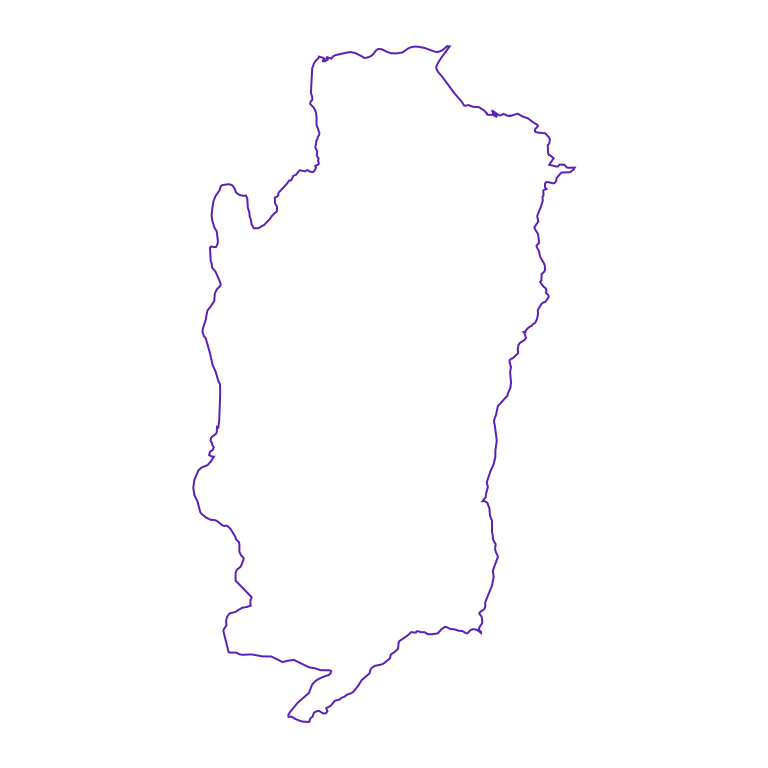 Sibaté, Cundinamarca, Colombia
{"feature_id": "7082276B14129572791047", "entity_name": "Sibaté", "entity_type": "district", "adm_level": 2, "iso_a3": "COL", "parent_name": "Colombia", "parent_adm1": "Cundinamarca", "projection": "mercator", "projection_center": [-74.26, 4.462], "detail": "fine", "context": "isolated", "style": "outline", "palette": "violet", "viewbox_px": 768, "rotation_deg": 0, "n_neighbors": 0, "source": "geoboundaries", "source_scale": "gbopen_adm2", "svg_char_len": 6063}
<svg xmlns="http://www.w3.org/2000/svg" viewBox="0 0 768 768"><path d="M481.0,633.1L481.2,632.3L479.4,630.2L478.9,628.9L479.7,626.8L482.2,623.2L482.2,619.8L481.5,616.4L479.7,614.3L479.3,613.3L480.0,612.2L484.2,609.1L485.0,607.4L485.3,606.3L485.2,602.3L492.0,585.5L493.7,577.0L492.9,571.6L493.1,570.0L497.8,557.1L497.6,555.5L496.1,552.6L495.1,549.5L495.6,544.1L493.0,539.4L492.6,534.7L492.0,532.1L492.0,520.7L490.0,515.7L489.4,508.3L487.3,502.7L484.5,501.1L482.6,501.2L485.7,497.1L485.9,494.4L487.8,487.3L487.6,485.4L486.8,483.9L487.0,481.6L490.5,471.0L493.6,464.3L495.3,457.2L495.4,450.2L496.8,440.6L494.7,424.7L494.1,422.7L494.0,420.3L496.1,414.6L497.9,406.0L507.6,395.5L507.5,394.4L510.6,387.4L510.6,384.8L511.1,383.4L510.1,372.0L511.0,366.7L510.3,365.4L510.1,363.3L509.5,362.5L509.7,360.3L510.9,358.9L512.6,358.4L518.1,353.3L518.2,351.7L517.7,349.3L518.6,344.7L520.0,342.9L524.8,339.7L526.0,338.0L524.9,334.1L523.7,332.0L525.5,332.0L525.6,330.8L527.5,328.6L529.1,327.1L531.4,326.0L532.8,324.4L535.2,322.7L537.1,318.9L538.0,314.0L537.8,310.5L538.3,309.1L541.7,303.7L543.7,302.3L545.1,302.0L548.1,298.1L548.7,296.4L548.3,295.1L545.9,292.8L546.5,290.9L545.9,288.5L543.5,286.6L540.1,282.0L541.4,280.5L541.6,274.2L544.2,271.7L545.0,270.1L544.8,265.6L544.0,263.4L540.4,257.3L538.8,251.0L536.5,246.4L536.9,245.1L539.0,242.9L538.6,238.1L537.8,233.7L535.3,229.7L534.3,227.4L538.3,221.5L537.2,216.0L540.7,207.2L542.5,201.6L542.8,200.3L542.5,196.9L543.5,195.5L543.3,190.7L544.3,189.7L546.4,189.1L545.0,186.9L545.0,183.6L546.1,182.2L547.5,182.0L553.0,183.3L554.4,183.2L556.2,181.0L556.6,178.0L561.4,172.6L570.1,172.2L573.5,169.7L574.7,167.6L567.9,167.8L566.6,167.2L564.5,164.9L559.7,164.5L558.1,166.4L556.6,166.6L549.2,164.8L553.6,158.3L549.9,155.1L548.9,155.0L548.0,152.8L547.8,145.1L549.2,143.5L549.9,139.5L548.5,136.8L545.3,133.3L538.8,132.7L535.4,131.9L534.9,130.6L535.1,129.4L537.9,126.1L537.7,125.1L533.0,122.2L528.0,118.4L522.5,116.4L517.6,113.7L510.4,116.0L510.0,116.0L510.0,115.6L508.1,115.9L503.5,113.9L501.0,115.1L499.2,115.4L492.5,110.8L492.2,111.2L492.7,111.7L493.4,114.4L494.8,114.6L496.2,115.7L496.6,116.3L496.2,116.7L492.9,114.7L489.2,114.9L487.2,114.5L486.8,114.2L487.0,113.4L483.6,110.1L478.9,107.2L473.1,106.8L468.4,105.1L465.2,105.8L464.2,105.6L461.7,101.7L454.2,93.0L442.1,76.6L438.4,72.4L436.5,69.1L436.2,67.0L437.8,63.2L441.3,57.7L449.7,46.4L447.4,46.1L441.8,50.6L437.9,52.0L434.9,51.7L424.3,47.9L417.7,46.7L414.7,46.6L410.4,47.4L407.8,48.7L402.4,52.5L397.3,53.3L391.0,53.3L387.0,51.9L382.1,49.4L378.5,48.9L376.2,50.2L373.2,54.2L370.5,56.4L366.8,57.7L364.0,57.9L362.4,56.6L355.2,53.0L350.9,52.1L348.6,52.2L335.2,55.2L332.9,56.5L331.2,58.7L327.1,57.1L326.7,57.7L327.7,59.7L324.9,61.2L323.8,61.3L323.0,61.1L323.0,60.2L324.6,58.9L323.4,57.9L319.0,56.6L318.4,58.3L316.1,60.3L314.2,62.9L312.2,68.4L310.9,93.0L312.1,96.5L312.3,99.1L312.2,100.0L310.8,101.4L310.1,103.1L310.3,104.2L313.7,107.5L315.9,112.2L316.6,117.5L316.5,124.6L319.4,132.9L319.1,135.0L317.8,136.9L317.3,139.3L316.1,141.2L316.2,143.5L315.4,146.3L315.5,148.2L317.2,151.0L316.8,155.7L318.6,158.4L318.0,160.7L318.7,162.2L318.8,163.8L317.7,164.9L315.4,165.7L315.2,166.4L316.0,167.6L315.3,169.4L314.0,171.3L312.5,172.1L310.0,171.6L307.3,170.1L304.8,171.3L299.8,170.3L298.5,171.5L296.0,174.8L293.3,175.8L291.7,179.6L290.3,180.6L289.2,180.5L286.7,184.0L278.9,192.3L278.3,193.3L278.4,195.2L277.7,196.2L274.9,197.6L275.0,203.1L277.0,206.6L276.9,211.4L274.4,213.4L271.7,216.2L270.1,218.7L264.3,224.8L258.4,228.2L253.9,228.3L251.6,224.3L250.8,219.4L249.7,216.6L249.3,212.2L247.8,207.6L247.3,198.5L245.9,195.5L243.2,195.9L239.9,195.0L237.6,193.8L235.8,192.1L235.0,189.4L233.5,186.7L231.6,184.9L228.7,184.2L222.0,185.1L220.8,186.2L219.5,190.4L215.4,196.3L213.5,201.1L212.5,207.1L211.5,215.5L212.3,220.7L214.6,228.0L216.7,231.3L217.9,241.0L217.7,243.4L216.1,246.9L214.7,247.2L211.0,246.5L210.0,247.8L210.7,260.8L211.7,263.6L212.0,266.9L212.7,268.4L215.5,271.6L219.7,281.1L220.8,284.9L219.3,287.0L217.3,288.7L216.1,290.7L214.8,293.7L214.3,301.0L210.2,307.2L207.9,309.9L207.1,311.8L205.7,319.9L202.7,329.2L202.5,332.3L203.9,336.0L205.7,338.2L209.8,352.5L212.7,365.4L215.5,371.3L218.4,381.2L220.0,384.1L220.2,393.7L219.2,421.0L218.3,427.5L217.0,426.9L216.8,431.7L216.3,433.5L211.4,437.3L210.5,440.2L211.1,441.9L212.1,443.0L212.1,444.6L213.8,447.3L212.8,449.9L210.0,451.8L209.1,455.2L212.2,456.6L213.9,456.7L210.9,461.4L207.6,465.1L201.3,467.7L198.5,470.3L194.3,480.0L193.3,487.7L194.3,494.9L197.4,501.2L200.2,511.9L201.8,514.1L206.1,517.6L210.6,519.8L214.8,520.1L217.0,521.0L222.3,525.3L224.4,526.0L225.9,525.6L227.7,526.2L230.5,528.9L235.2,536.6L236.1,539.4L239.0,542.2L239.4,545.0L239.4,551.9L241.1,555.4L243.6,558.0L243.5,559.7L241.2,565.6L240.2,567.1L237.0,569.6L235.6,572.7L235.5,579.8L235.8,580.9L251.7,597.3L250.4,600.3L250.4,604.6L250.8,605.6L247.2,606.9L242.4,607.7L234.9,612.1L230.2,613.2L228.8,614.4L227.0,617.1L226.1,620.6L226.4,625.4L223.7,629.4L223.4,631.1L228.6,652.1L230.6,652.6L236.4,652.6L239.3,654.2L242.1,654.8L251.6,654.4L262.6,656.4L271.3,656.5L282.6,662.1L287.4,660.8L293.8,659.9L309.3,667.4L315.9,668.5L320.6,670.2L329.9,670.3L331.1,670.9L330.6,673.4L328.8,674.9L322.0,677.4L317.7,679.5L315.1,681.3L312.1,684.7L309.0,692.9L297.7,702.7L290.1,711.9L288.3,715.0L288.5,716.8L291.6,716.7L294.8,718.7L299.0,720.5L303.2,721.7L309.2,721.9L310.5,718.2L312.6,716.7L313.8,713.1L314.6,712.2L317.4,711.0L319.1,711.0L323.3,713.5L325.9,713.3L327.4,711.3L326.2,708.2L330.6,705.9L335.0,700.7L339.7,699.5L341.7,697.7L343.8,697.1L347.3,694.5L351.0,693.3L353.1,692.0L357.7,686.5L361.6,680.2L369.5,673.4L370.6,669.4L371.6,667.9L375.2,665.8L381.5,664.5L383.2,663.8L389.7,658.6L390.2,657.9L390.5,655.7L391.2,654.2L394.2,652.3L398.0,648.8L398.7,642.6L399.4,641.1L407.8,635.3L411.2,632.1L415.8,632.7L416.6,631.5L417.5,631.1L421.1,632.2L424.6,632.2L427.9,634.2L432.6,634.2L437.9,633.3L441.4,629.2L445.2,626.8L446.9,627.2L450.3,629.0L455.2,629.5L458.5,630.7L462.5,631.1L466.4,633.4L467.6,633.2L471.0,629.7L473.2,629.2L476.3,629.6L479.1,631.2L481.0,633.1Z" fill="none" stroke="#5b21b6" stroke-width="2"/></svg>